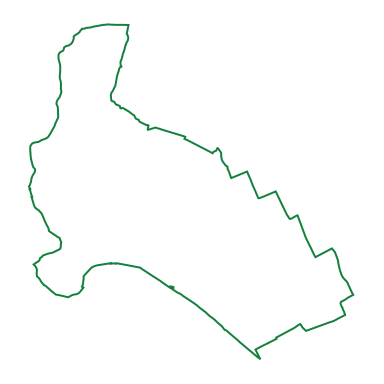 the district of Muntenii De Sus, Vaslui, Romania, rotated 181°
{"feature_id": "2599482B76397304697480", "entity_name": "Muntenii De Sus", "entity_type": "district", "adm_level": 2, "iso_a3": "ROU", "parent_name": "Romania", "parent_adm1": "Vaslui", "projection": "albers", "projection_center": [27.767, 46.691], "detail": "fine", "context": "isolated", "style": "outline", "palette": "green", "viewbox_px": 384, "rotation_deg": 181, "n_neighbors": 0, "source": "geoboundaries", "source_scale": "gbopen_adm2", "svg_char_len": 5964}
<svg xmlns="http://www.w3.org/2000/svg" viewBox="0 0 384 384"><g transform="rotate(181 192 192)"><path d="M304.6,353.4L305.0,353.1L305.8,351.9L306.5,351.3L307.2,349.9L309.1,348.3L312.8,345.8L313.0,345.1L312.9,343.8L313.1,342.6L313.7,340.9L314.3,339.4L315.7,337.8L317.6,336.5L319.1,336.0L319.9,335.9L320.8,335.4L321.7,334.8L322.4,334.2L322.6,333.1L322.9,332.1L323.3,331.2L323.9,330.7L325.6,329.8L326.5,329.3L326.8,328.8L327.5,327.9L327.8,327.0L327.9,324.3L327.6,322.1L327.5,321.6L326.9,319.8L326.2,317.2L325.9,314.8L325.9,313.6L325.9,311.9L325.9,309.8L326.2,305.9L326.2,304.4L326.2,303.6L326.0,302.6L325.8,301.9L325.4,301.0L325.1,300.0L324.9,296.6L324.9,292.7L324.5,290.8L324.4,289.8L324.5,288.8L325.2,286.9L325.9,284.8L326.4,284.0L328.1,281.6L328.6,280.2L329.0,279.2L329.0,278.9L329.0,278.1L328.9,277.3L327.8,274.9L327.6,273.9L327.5,272.0L327.4,270.4L327.4,268.8L327.2,267.8L327.1,265.7L327.2,264.5L327.4,263.5L327.7,262.8L328.2,261.8L328.7,260.5L329.7,258.4L330.1,257.4L330.5,255.7L331.2,254.4L331.8,253.3L333.3,250.3L334.7,247.8L336.3,245.3L337.3,244.0L337.8,243.7L338.5,243.2L339.5,242.7L341.4,242.0L343.3,241.3L345.7,239.7L346.3,239.6L346.9,239.3L347.6,239.2L351.1,238.5L352.1,238.0L352.7,237.6L353.8,236.2L354.4,235.1L354.5,234.1L354.5,233.0L354.5,230.8L354.2,228.3L354.1,226.5L353.9,224.5L353.5,222.5L353.4,222.0L353.5,221.8L352.9,219.9L352.8,219.2L352.4,218.2L352.1,216.8L351.8,216.0L351.4,214.8L351.1,214.0L350.2,213.1L349.8,212.7L349.6,212.4L349.3,211.7L349.2,210.7L349.6,209.3L350.5,207.5L351.7,205.6L352.3,204.1L352.6,202.9L352.8,202.4L353.1,200.0L353.3,199.0L353.7,197.8L354.2,196.2L354.8,195.1L355.0,194.7L355.0,194.2L354.9,193.8L354.1,193.0L353.7,192.0L354.4,191.7L354.0,191.1L352.9,187.6L351.7,184.3L352.4,184.2L352.0,183.1L349.7,175.9L349.0,174.4L348.6,173.7L348.2,173.3L347.7,172.9L347.1,172.4L346.3,171.9L344.7,170.8L344.1,170.1L343.0,169.0L341.8,167.5L341.4,166.7L340.2,164.1L339.7,162.9L339.0,161.2L337.7,158.4L335.8,154.8L335.1,153.8L334.7,152.4L334.3,150.5L333.7,150.0L328.7,146.8L325.4,144.6L323.6,143.8L323.4,143.1L323.1,142.3L322.8,141.5L322.3,140.5L322.1,139.7L321.9,139.0L322.1,138.3L322.2,137.5L322.3,136.9L322.3,136.1L322.3,134.6L322.5,133.6L322.7,133.0L323.5,132.4L326.6,130.8L329.5,129.3L330.5,128.8L331.4,128.7L332.2,128.5L334.0,128.0L334.5,128.0L335.0,127.8L340.1,125.8L340.8,124.6L341.4,124.3L341.9,123.8L342.9,123.1L343.1,121.5L343.5,120.9L344.2,120.2L349.1,116.8L348.9,116.5L348.2,116.0L347.0,114.6L346.0,112.6L345.7,111.6L345.9,107.8L345.5,104.8L344.1,103.8L342.7,102.1L341.2,99.6L340.2,98.4L338.8,97.0L338.6,96.3L338.1,96.1L337.0,95.8L335.1,94.2L330.2,90.0L326.4,87.1L322.3,86.4L317.6,85.4L313.9,84.6L311.1,86.2L309.4,87.1L305.5,87.9L303.5,88.8L302.1,90.3L298.9,94.5L300.4,95.4L299.6,97.0L298.8,103.7L298.9,106.0L292.2,113.5L290.6,115.1L286.5,116.8L284.1,117.3L278.3,118.3L272.2,119.4L272.3,119.1L272.3,118.8L268.8,119.3L266.9,118.9L266.5,119.5L257.1,118.0L242.2,115.4L241.0,114.3L229.7,107.2L221.9,102.4L220.8,101.5L212.5,96.0L212.1,97.3L208.9,96.7L209.0,95.4L211.4,95.5L209.8,94.4L204.6,91.1L202.0,90.0L200.3,88.9L199.5,88.2L195.8,85.8L188.6,81.2L185.1,78.8L183.8,77.6L181.5,75.8L178.6,73.7L175.8,71.6L172.6,68.6L167.6,65.1L165.8,63.4L163.4,61.2L160.2,58.7L158.4,56.6L157.0,54.8L155.0,54.0L148.4,48.4L144.8,45.6L141.9,42.9L126.3,30.3L123.5,28.0L121.2,26.4L120.6,25.9L121.4,27.1L122.4,29.0L123.5,31.1L125.0,34.0L125.8,35.5L124.9,36.1L119.2,39.2L111.3,43.3L104.9,46.7L105.3,47.9L99.1,51.3L91.0,55.9L88.0,57.5L85.4,59.3L83.6,60.7L81.5,61.9L81.2,61.6L80.9,61.2L79.7,59.4L79.4,58.7L75.6,55.1L52.2,64.1L49.1,65.1L47.7,65.7L45.7,66.8L42.1,68.9L40.0,69.9L38.8,70.6L37.6,71.3L36.8,71.6L37.1,72.8L37.5,73.7L37.8,74.9L38.3,75.7L38.7,76.3L39.1,77.3L39.5,78.4L39.5,79.1L40.1,79.5L40.4,80.0L40.6,80.8L41.5,82.9L41.5,83.5L41.3,84.3L41.0,84.8L37.0,87.0L34.0,89.2L29.0,92.0L29.5,92.7L31.2,96.0L34.9,103.8L35.9,105.4L36.9,106.3L37.7,107.1L39.5,109.1L40.8,111.2L41.6,113.1L42.8,116.5L43.6,119.9L44.0,121.3L44.5,123.8L44.8,125.9L45.7,128.4L46.8,131.3L47.5,133.0L47.9,134.2L48.5,135.0L49.1,135.6L50.5,137.2L51.1,138.0L67.5,129.0L69.4,132.5L72.3,138.4L76.4,146.3L77.5,148.5L80.7,156.8L84.3,166.0L86.0,170.4L86.3,170.5L87.7,169.8L91.9,167.3L93.3,166.7L94.0,167.0L94.7,168.1L95.8,169.6L96.9,171.3L100.7,178.8L103.3,184.0L106.6,190.6L108.3,194.0L121.3,188.3L123.8,187.3L125.3,186.9L125.7,187.2L128.7,194.0L131.6,200.2L133.5,205.0L137.3,213.4L145.2,210.0L153.0,206.6L153.2,206.9L155.3,212.7L156.9,216.0L157.0,218.0L157.7,218.3L159.1,219.4L160.9,221.8L161.9,223.2L162.6,224.5L163.0,226.1L163.5,228.7L163.5,230.3L163.4,230.8L163.7,231.7L164.7,233.4L165.7,234.6L166.9,236.3L167.3,236.3L167.5,236.1L168.7,233.6L169.3,233.4L170.6,232.8L171.6,232.0L172.0,231.1L177.3,233.8L197.8,243.9L200.5,245.0L199.7,247.0L200.8,247.5L219.2,252.7L229.6,255.8L237.1,253.4L237.4,253.9L236.6,257.7L237.6,258.2L238.2,257.9L242.9,260.0L243.4,260.4L244.2,260.6L245.6,261.3L246.5,262.7L246.6,263.3L247.7,263.6L249.2,264.2L249.7,264.7L250.1,265.7L251.3,267.7L252.2,268.1L255.8,270.8L257.0,271.6L259.1,272.8L262.2,274.6L263.5,274.7L263.9,274.5L264.6,274.4L265.3,274.9L265.3,275.5L265.6,276.5L266.5,277.1L267.7,277.6L268.5,277.7L269.6,278.3L270.4,279.4L271.3,280.7L272.2,281.2L272.7,281.3L273.4,281.3L274.2,282.1L274.9,287.0L274.3,289.9L273.3,291.1L270.5,296.9L269.1,305.8L268.3,309.1L267.6,311.0L267.1,313.5L266.4,315.1L264.8,316.1L265.5,316.9L265.4,317.6L265.6,318.2L265.8,320.3L265.6,321.5L265.2,322.4L264.8,323.4L264.0,326.4L263.7,328.1L263.2,329.6L262.6,331.4L261.9,333.7L261.8,334.5L261.6,335.3L261.4,335.8L261.4,336.5L261.1,337.5L260.8,338.1L260.5,338.4L260.5,339.0L260.3,339.7L259.8,340.4L259.4,341.4L258.9,342.2L258.5,344.1L258.4,345.1L259.1,347.7L259.7,348.4L260.0,349.3L259.6,351.1L258.4,357.9L264.4,357.9L270.9,357.8L275.5,357.9L279.1,358.1L281.5,357.7L283.3,357.6L287.9,356.7L290.9,356.0L292.8,355.9L294.1,355.3L296.5,354.7L298.1,354.5L300.1,354.3L301.0,354.1L302.0,353.6L303.2,353.3L304.1,353.3L304.6,353.4Z" fill="none" stroke="#15803d" stroke-width="2"/></g></svg>